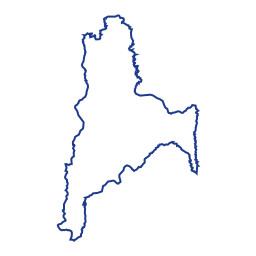 Dan Sai, Loei, Thailand (Robinson projection)
{"feature_id": "78962969B41697678812601", "entity_name": "Dan Sai", "entity_type": "district", "adm_level": 2, "iso_a3": "THA", "parent_name": "Thailand", "parent_adm1": "Loei", "projection": "robinson", "projection_center": [101.262, 17.217], "detail": "fine", "context": "isolated", "style": "outline", "palette": "blue", "viewbox_px": 256, "rotation_deg": 0, "n_neighbors": 0, "source": "geoboundaries", "source_scale": "gbopen_adm2", "svg_char_len": 5745}
<svg xmlns="http://www.w3.org/2000/svg" viewBox="0 0 256 256"><path d="M119.2,15.7L118.0,15.4L115.3,16.6L108.0,16.6L106.3,17.4L106.0,18.5L105.0,18.2L104.2,18.7L103.9,19.4L104.6,20.5L104.3,21.8L104.9,22.3L104.8,23.2L105.5,23.6L104.9,24.2L104.9,25.1L105.9,25.5L105.3,25.8L105.1,26.5L106.4,26.4L106.0,27.1L106.2,28.4L104.9,29.2L102.1,29.8L101.1,30.6L100.2,30.7L100.5,32.5L99.9,33.7L101.6,34.6L100.4,35.6L100.1,36.7L100.3,38.3L99.4,39.2L96.0,39.4L95.2,38.3L95.2,35.7L94.8,35.2L93.5,36.3L90.2,37.2L89.9,34.6L91.5,34.6L91.9,33.6L90.5,33.5L88.8,34.1L87.5,33.3L85.4,35.2L84.3,35.2L84.6,35.4L84.2,37.0L84.6,37.8L82.7,39.8L83.3,41.4L82.9,41.8L83.3,42.4L83.1,42.8L84.4,45.5L84.1,45.8L84.7,47.2L84.6,48.9L85.4,51.4L85.0,52.3L85.4,52.6L85.0,54.6L84.5,55.2L83.5,61.4L82.5,63.2L81.9,65.3L82.5,66.7L85.2,69.4L85.1,70.1L85.9,70.8L84.5,74.7L85.3,75.6L84.9,77.5L85.5,79.0L85.4,79.7L86.0,80.2L85.6,80.6L86.6,81.1L86.2,82.2L87.8,84.8L88.0,87.1L86.5,92.1L86.4,94.1L85.2,96.9L83.5,97.9L82.1,99.6L80.1,100.1L79.6,100.9L78.9,101.2L78.6,102.8L77.9,103.4L77.3,104.6L75.4,105.7L75.0,107.7L77.2,111.0L78.4,115.2L83.6,122.2L83.2,127.7L82.9,128.7L80.5,130.6L78.9,134.6L75.2,136.8L74.4,139.4L72.9,142.0L73.0,144.9L74.2,144.9L74.5,145.5L73.0,148.2L74.4,150.6L73.7,152.4L73.9,156.3L72.4,157.3L71.3,158.9L71.7,164.0L69.4,164.5L68.8,165.1L66.6,164.1L65.5,164.2L66.6,167.8L65.5,170.9L67.1,171.6L67.2,172.8L66.0,174.3L65.0,177.3L65.7,178.8L67.0,179.9L67.0,182.1L67.6,182.7L67.7,183.6L67.4,185.1L66.7,186.0L67.4,187.8L65.7,190.4L66.3,190.6L67.6,192.8L67.7,194.8L66.6,195.6L66.3,196.4L66.9,199.0L66.3,199.5L64.0,204.2L64.0,209.8L63.0,210.1L62.8,210.8L64.9,213.8L63.6,215.1L63.5,216.9L65.5,219.8L65.6,220.6L62.7,222.1L61.3,223.7L58.5,224.5L57.8,225.2L58.4,227.1L60.4,229.7L62.0,230.3L62.8,229.9L64.3,230.2L66.2,229.6L68.0,230.4L68.9,230.0L71.3,231.2L71.9,232.8L71.7,236.3L70.4,239.6L72.6,239.7L74.1,240.6L74.6,239.8L75.7,239.5L78.4,237.3L80.9,236.3L81.1,234.1L81.8,233.1L82.2,231.5L82.2,230.3L81.7,229.9L81.7,229.2L82.9,228.1L82.7,227.4L84.1,227.2L84.7,225.5L84.3,224.0L84.7,223.8L84.6,223.1L85.4,222.3L85.5,220.9L85.2,218.5L85.4,215.4L84.8,213.3L85.1,208.3L84.6,207.2L85.2,205.7L84.5,206.0L84.5,205.0L83.9,204.8L84.2,204.4L85.2,204.5L84.9,203.8L84.2,204.2L83.9,203.7L83.5,203.9L84.1,202.2L85.2,202.5L84.7,201.6L85.8,198.2L85.2,197.7L89.1,196.6L89.6,195.6L91.5,195.1L93.0,193.4L97.6,192.9L101.9,191.4L103.1,185.9L104.9,185.2L108.0,181.6L113.3,180.6L114.4,181.0L117.2,183.5L118.6,183.5L119.0,182.8L120.4,182.1L120.5,181.2L119.3,176.9L119.4,174.7L123.4,170.4L124.1,167.6L125.1,166.4L126.9,165.4L128.9,166.0L130.3,166.9L131.6,168.2L132.0,169.2L132.6,169.3L134.0,170.9L136.9,169.3L138.8,166.9L139.8,167.3L140.9,167.0L141.3,166.1L142.2,165.6L142.5,164.7L144.7,162.5L144.6,159.4L144.9,158.8L148.6,156.2L149.7,155.0L149.7,153.6L152.0,153.1L152.2,152.3L153.1,152.0L154.1,150.4L155.8,149.3L155.9,147.9L158.2,147.1L158.2,145.6L159.4,145.5L159.8,144.5L162.5,144.2L164.2,145.3L165.6,144.5L167.9,144.6L169.6,143.0L171.5,142.4L172.0,141.9L173.3,142.1L172.9,142.6L173.2,143.2L174.2,143.7L176.6,143.7L177.0,145.9L177.9,145.5L178.8,146.1L179.2,146.8L180.2,147.2L181.3,148.7L181.3,149.4L186.3,152.6L187.6,152.9L189.6,155.0L189.3,156.4L189.7,156.8L189.7,158.6L190.9,160.3L190.7,161.0L189.4,161.1L189.4,161.6L189.8,162.5L191.7,164.2L191.7,164.7L190.6,165.4L191.3,166.9L192.5,167.5L192.0,168.2L192.5,168.7L191.5,169.9L192.2,170.9L194.2,171.3L194.5,172.0L195.5,172.2L196.6,173.4L197.1,166.9L197.4,166.1L198.2,165.9L197.2,165.1L197.3,163.6L196.5,163.1L197.6,162.0L196.3,161.7L196.8,160.1L195.3,159.6L196.1,157.7L195.6,156.7L196.1,155.3L196.0,154.7L195.3,154.5L195.9,152.5L195.4,151.9L196.3,149.4L195.2,147.9L195.8,147.3L195.4,146.4L195.9,146.2L195.2,145.5L195.5,144.7L194.9,143.7L195.8,142.9L195.8,141.4L195.1,141.1L195.1,140.7L195.6,140.8L195.6,140.2L194.6,139.0L195.3,138.0L194.8,137.8L195.1,136.5L194.5,136.0L194.4,135.2L195.0,134.4L194.1,134.1L194.4,133.6L194.0,132.4L194.8,132.1L195.7,129.9L195.7,127.5L196.2,126.4L196.0,125.8L196.9,123.5L196.8,122.0L196.1,121.1L197.0,119.0L196.9,116.1L197.7,115.5L197.4,115.0L197.7,113.9L196.1,112.9L196.0,112.4L196.8,112.0L197.4,110.9L198.0,110.7L197.3,110.2L197.2,109.4L196.0,108.8L195.6,105.6L192.3,105.1L191.6,106.4L190.0,107.8L188.3,107.7L187.7,108.6L186.8,109.0L185.7,110.8L184.4,111.2L183.0,112.8L181.5,112.8L179.9,111.7L178.0,111.3L174.1,112.7L172.8,112.7L171.1,113.7L170.5,113.1L168.9,113.0L168.2,112.2L167.3,108.9L165.7,107.9L164.8,106.6L162.6,100.9L159.9,99.2L157.2,98.2L152.9,95.4L150.4,94.7L140.2,95.6L136.1,93.9L134.7,91.5L135.1,90.7L134.8,89.5L135.6,87.9L135.8,86.1L136.8,85.3L136.6,84.0L137.1,83.3L138.3,83.2L138.0,82.8L138.4,82.4L138.7,82.9L138.8,82.1L139.3,82.4L140.1,81.7L141.0,81.7L141.5,80.0L140.5,79.2L140.4,78.4L139.9,78.6L139.3,78.0L139.0,77.1L137.9,77.4L138.0,76.9L137.4,77.0L136.8,76.1L136.9,75.1L135.9,74.8L135.5,74.1L135.9,73.4L135.5,73.1L135.7,72.3L136.8,73.3L137.1,72.3L138.0,72.1L138.2,71.5L138.0,71.4L138.5,71.0L137.3,69.9L136.8,70.0L136.9,69.6L136.5,69.8L136.3,68.8L137.0,67.2L136.9,66.6L137.1,66.4L137.3,67.0L137.7,66.1L135.6,66.1L135.0,66.8L134.1,65.8L134.1,65.2L133.7,64.9L133.6,65.2L133.7,64.4L134.3,63.8L135.4,63.1L135.9,63.3L134.9,62.8L133.9,62.7L133.9,62.0L133.3,61.6L133.5,59.7L134.1,60.2L135.2,59.7L135.2,59.3L134.5,59.2L134.3,57.2L133.7,57.3L133.0,56.7L134.0,55.4L135.9,54.6L135.0,54.5L134.2,52.3L132.0,51.2L131.8,50.7L132.5,49.7L130.2,50.4L129.6,50.0L129.0,48.4L129.8,47.9L130.3,46.3L131.5,46.6L131.9,45.1L133.3,44.8L133.7,44.2L132.4,43.6L133.2,41.0L131.5,37.9L131.1,35.5L131.0,32.1L131.8,29.3L130.8,29.3L129.3,28.4L129.3,27.6L130.1,27.0L128.5,26.0L128.3,25.3L127.5,25.3L122.9,22.5L121.9,22.9L121.9,22.1L123.8,20.7L123.8,19.3L123.5,18.5L121.8,17.8L120.3,18.0L119.2,15.7Z" fill="none" stroke="#1e3a8a" stroke-width="2"/></svg>